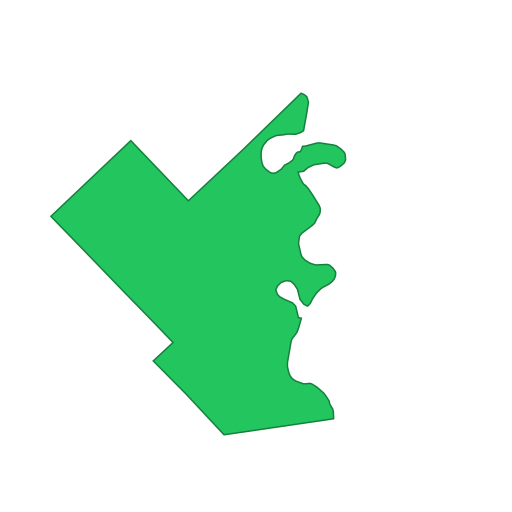 the district of Coahoma, Mississippi, United States of America, rotated 136°
{"feature_id": "52423323B41224890056443", "entity_name": "Coahoma", "entity_type": "district", "adm_level": 2, "iso_a3": "USA", "parent_name": "United States of America", "parent_adm1": "Mississippi", "projection": "orthographic", "projection_center": [-90.749, 34.255], "detail": "fine", "context": "isolated", "style": "filled", "palette": "green", "viewbox_px": 512, "rotation_deg": 136, "n_neighbors": 0, "source": "geoboundaries", "source_scale": "gbopen_adm2", "svg_char_len": 2087}
<svg xmlns="http://www.w3.org/2000/svg" viewBox="0 0 512 512"><g transform="rotate(136 256 256)"><path d="M376.0,427.0L375.9,371.6L375.9,320.4L375.7,276.2L375.8,251.4L402.8,251.9L402.2,205.3L403.2,149.7L402.2,148.9L313.2,85.0L308.4,90.4L307.1,92.7L305.8,98.2L304.2,100.7L303.7,103.0L303.0,106.4L302.5,110.4L303.3,119.5L304.8,125.4L305.7,126.9L309.3,129.8L310.8,131.3L314.3,138.6L315.1,142.4L314.8,145.5L313.8,148.5L312.3,151.3L310.2,154.6L307.4,157.5L290.0,170.2L287.6,171.4L280.7,172.4L279.0,172.9L275.6,174.5L266.6,179.7L268.3,182.2L262.3,192.3L262.3,196.9L265.4,204.5L265.7,205.1L267.3,210.4L267.2,213.6L266.5,215.2L265.2,218.0L261.0,219.5L256.4,219.5L252.3,217.8L250.2,216.0L248.5,213.4L248.2,208.9L249.3,203.3L254.5,194.2L255.1,188.1L254.4,185.9L253.7,184.1L249.9,184.2L244.8,186.0L238.6,187.3L231.9,187.4L229.7,187.0L223.1,185.1L218.7,184.7L215.5,185.1L212.4,186.7L210.5,188.4L209.8,189.5L209.1,193.8L209.4,198.0L209.8,199.1L210.8,200.6L219.3,208.1L221.5,212.0L222.6,214.9L223.6,219.2L223.5,223.6L222.3,226.3L217.3,234.6L216.0,236.1L210.8,240.1L207.0,240.5L193.8,238.9L191.0,238.9L185.8,240.8L181.5,241.8L179.7,242.8L177.7,244.5L176.5,246.0L175.5,248.4L173.1,259.4L171.5,268.3L171.4,272.1L171.8,274.6L171.5,276.6L170.4,280.5L169.0,284.2L167.4,287.1L164.8,285.2L162.7,283.8L157.3,283.5L151.0,281.4L142.9,275.7L140.9,273.9L140.0,272.4L137.8,265.2L136.9,263.5L136.3,262.9L133.5,262.0L127.9,261.6L124.8,262.9L122.5,265.6L120.9,267.9L120.5,269.5L120.6,274.0L121.5,279.1L122.9,281.7L131.6,293.1L133.8,295.0L144.2,300.8L146.3,302.6L149.1,301.1L151.8,300.3L153.7,301.8L155.9,302.0L158.6,301.4L161.5,299.9L163.3,299.5L167.7,300.1L172.4,301.5L177.6,300.9L183.8,302.0L186.0,303.4L187.2,304.9L187.9,306.5L188.7,311.9L188.4,315.7L186.8,319.2L184.1,323.0L180.6,326.7L179.0,328.0L176.6,329.4L173.5,330.6L167.7,331.3L164.4,330.9L158.5,328.9L156.8,327.9L152.1,324.1L148.8,322.0L142.9,316.0L138.1,313.8L134.7,313.1L120.0,323.7L111.4,330.2L108.8,335.3L109.2,338.6L110.5,341.8L192.8,341.6L266.3,342.7L265.9,426.0L267.7,426.0L376.0,427.0Z" fill="#22c55e" stroke="#15803d" stroke-width="1.5"/></g></svg>